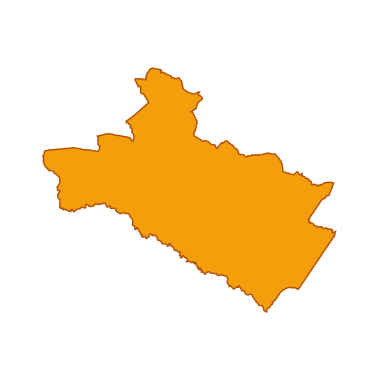 Morrumbala, Zambezia, Mozambique (orthographic projection), rotated 306°
{"feature_id": "85939544B61462515035200", "entity_name": "Morrumbala", "entity_type": "district", "adm_level": 2, "iso_a3": "MOZ", "parent_name": "Mozambique", "parent_adm1": "Zambezia", "projection": "orthographic", "projection_center": [35.601, -17.005], "detail": "fine", "context": "isolated", "style": "filled", "palette": "amber", "viewbox_px": 384, "rotation_deg": 306, "n_neighbors": 0, "source": "geoboundaries", "source_scale": "gbopen_adm2", "svg_char_len": 6073}
<svg xmlns="http://www.w3.org/2000/svg" viewBox="0 0 384 384"><g transform="rotate(306 192 192)"><path d="M276.6,114.4L276.1,113.6L274.1,112.6L273.6,111.5L273.8,110.2L272.5,108.7L273.4,107.0L273.4,106.3L272.4,102.4L271.9,98.6L271.7,97.9L270.3,97.1L269.9,96.4L270.4,95.9L272.2,95.9L272.6,95.4L272.5,94.9L269.4,88.6L269.4,87.7L267.1,85.9L265.7,85.8L263.7,86.1L262.1,85.8L261.2,86.3L260.0,86.2L259.0,87.0L257.0,87.5L256.4,88.4L255.7,88.6L254.7,87.2L254.3,85.2L253.1,84.4L253.3,83.9L253.1,83.1L251.5,81.9L250.8,80.0L250.1,79.7L249.5,79.7L245.6,86.8L246.4,87.5L246.9,88.4L246.8,88.9L242.4,91.9L242.1,92.5L241.9,93.4L242.8,94.7L242.8,95.3L240.8,100.3L238.8,104.4L218.9,100.0L210.4,97.1L209.7,98.0L210.2,100.2L209.8,100.8L210.2,102.5L209.2,103.6L207.6,104.3L208.1,105.8L207.5,106.9L204.9,108.2L204.5,110.1L202.8,112.8L200.5,113.3L199.5,114.4L198.2,114.2L198.0,113.5L199.3,110.7L199.2,109.2L193.9,98.1L192.7,96.2L192.0,93.8L189.4,89.3L181.5,82.6L181.4,83.8L178.4,85.5L177.1,86.9L175.6,87.6L175.1,88.2L174.6,90.9L170.8,92.3L169.8,91.9L168.7,90.6L165.3,83.6L162.7,80.1L161.1,75.9L158.2,70.3L141.4,51.2L140.2,50.3L138.9,48.8L137.5,49.1L135.0,50.5L133.6,50.1L131.8,52.2L129.1,54.1L127.1,56.7L125.9,59.9L126.4,61.2L125.4,62.8L125.6,64.5L127.0,66.0L127.3,67.4L127.2,68.2L126.1,69.4L126.7,71.4L126.0,75.4L124.9,77.4L121.9,79.5L119.6,80.0L116.6,80.0L115.9,81.1L114.3,82.3L114.6,83.1L115.1,83.5L115.0,84.7L111.2,84.9L109.5,85.8L108.6,86.8L108.1,89.3L107.1,90.6L101.6,94.1L101.7,95.4L103.1,96.6L103.0,97.1L102.0,97.4L101.9,98.1L103.0,98.9L103.4,100.3L104.1,100.9L103.9,103.0L104.9,105.3L105.4,105.4L106.9,104.8L107.6,105.0L106.5,107.1L106.9,108.1L107.5,108.5L109.2,108.5L109.8,109.2L110.7,109.3L112.8,111.4L114.1,111.3L114.7,111.6L116.5,115.2L117.0,115.2L118.6,113.8L119.3,113.5L120.1,114.7L120.4,115.9L119.9,117.1L121.0,118.9L123.2,120.7L125.6,120.7L125.9,121.1L126.2,122.6L127.2,124.0L128.5,124.6L129.2,126.0L131.7,127.4L131.6,129.0L130.0,132.0L130.5,132.8L132.6,133.7L132.6,134.2L131.4,135.0L131.1,135.9L133.7,139.6L133.4,140.3L131.9,141.9L132.1,146.0L132.8,147.2L135.2,148.8L135.6,151.2L137.1,152.8L137.2,154.2L135.5,156.5L135.3,158.9L134.8,160.0L131.9,162.5L130.2,163.4L130.5,165.9L128.3,167.4L128.6,168.5L129.2,168.6L130.6,168.2L131.0,168.5L131.0,169.0L130.0,170.4L128.5,174.4L127.5,175.4L127.5,176.0L128.1,177.0L128.0,177.4L127.4,177.7L126.9,177.2L126.3,177.9L127.1,179.4L128.2,180.0L128.5,180.6L128.4,181.2L127.5,182.0L127.6,182.5L129.5,183.0L130.4,183.6L132.2,182.5L132.9,182.5L133.9,184.7L133.4,185.5L135.1,186.9L135.3,187.8L134.9,188.9L134.9,190.4L132.9,192.4L133.8,194.9L133.7,196.0L132.7,198.5L134.7,201.5L133.8,203.6L133.9,204.3L134.9,204.6L136.7,203.9L137.1,204.1L137.3,204.8L137.1,205.3L136.0,206.0L135.9,206.8L136.5,208.7L135.8,210.2L135.0,211.1L134.6,212.2L134.9,213.1L135.8,214.1L135.4,216.3L136.3,218.2L135.5,218.6L133.7,218.7L133.4,220.2L132.1,221.4L132.9,222.3L133.7,222.3L135.0,221.7L135.5,222.2L135.5,222.8L134.7,224.3L135.3,227.0L134.6,228.0L132.6,228.5L132.5,228.9L132.9,229.4L133.8,229.4L134.3,229.8L134.5,233.0L136.4,233.9L136.4,234.5L135.2,235.6L135.3,235.9L135.5,236.1L136.8,236.1L137.2,236.5L136.8,237.5L135.2,238.3L135.2,240.0L134.2,240.7L134.7,241.6L133.3,242.1L133.6,242.8L135.2,243.3L135.4,243.6L135.3,243.9L133.7,244.2L134.6,245.9L132.7,246.6L133.8,248.2L133.0,250.8L133.3,251.2L135.0,250.6L137.5,252.4L137.4,255.1L138.9,256.8L139.2,258.5L140.3,259.7L139.7,261.0L139.8,261.9L140.7,263.3L141.9,263.7L142.4,264.3L142.5,265.7L143.2,266.5L143.9,269.6L143.9,270.6L142.7,272.1L141.0,272.7L139.0,274.2L138.3,276.7L137.3,277.6L137.5,277.9L138.4,277.9L138.8,278.3L138.0,281.6L138.3,283.1L139.2,283.5L140.9,283.4L142.1,285.5L142.5,285.6L143.4,284.9L143.8,285.4L142.5,288.7L141.3,290.3L142.3,291.5L142.5,292.3L141.1,295.4L141.2,297.1L141.9,298.0L143.7,299.2L144.0,299.8L143.8,301.2L142.1,304.7L141.7,306.7L140.9,308.5L140.6,310.8L139.8,312.3L139.8,313.2L140.6,314.2L141.1,315.4L140.7,317.0L138.4,320.1L138.5,322.0L139.2,322.9L140.0,321.8L142.2,321.6L143.9,322.5L146.5,322.3L148.0,323.0L149.3,322.8L149.9,321.7L151.0,322.3L153.2,322.8L162.3,322.5L165.8,323.3L170.1,325.1L172.4,327.1L173.6,329.7L175.1,331.5L175.4,332.7L175.3,334.2L175.8,335.2L241.1,332.9L242.1,332.0L244.4,331.3L244.0,330.8L242.7,330.6L241.5,329.6L242.1,328.5L243.8,328.2L244.0,327.3L242.5,324.4L241.6,323.8L242.0,322.6L241.9,322.0L239.7,319.7L239.6,318.4L240.1,317.4L240.0,317.0L238.7,316.2L238.1,314.0L237.0,312.9L237.3,311.7L236.8,310.3L237.4,309.2L237.5,307.9L236.8,306.3L236.8,305.8L236.2,305.5L236.0,305.0L236.8,303.9L237.3,304.3L237.5,303.6L238.1,303.3L238.4,302.4L262.9,301.5L263.7,302.5L265.4,303.2L267.1,303.2L268.5,303.5L269.5,304.7L277.3,302.9L282.4,301.2L280.8,297.3L279.8,296.9L279.3,295.6L278.8,295.5L278.0,294.4L276.3,293.3L275.3,293.1L273.7,292.2L273.3,291.5L272.1,291.6L271.9,290.2L270.7,290.1L270.5,286.9L269.6,285.8L268.8,285.6L268.3,284.6L268.5,284.0L269.9,283.2L270.4,282.3L270.4,281.4L269.9,280.2L270.7,279.3L270.9,278.4L270.8,277.6L270.0,275.9L270.5,274.0L269.9,272.0L269.9,271.0L270.4,270.5L271.3,270.5L271.7,270.2L269.2,269.1L269.0,268.6L270.2,266.5L270.4,265.3L266.3,264.2L265.5,263.7L264.1,260.5L264.2,259.4L263.1,257.7L262.9,256.1L261.9,253.9L262.2,253.2L264.9,251.1L266.8,249.2L268.7,246.6L270.1,243.0L271.6,236.8L269.8,234.9L268.5,231.3L267.6,230.0L262.0,225.4L261.2,223.5L260.1,223.2L259.2,221.3L257.9,220.4L257.7,218.9L256.0,218.4L254.3,216.2L251.9,215.0L252.3,212.9L252.2,211.3L250.0,207.7L251.6,206.0L252.9,203.6L252.9,201.8L252.6,201.0L253.6,198.1L253.4,192.8L254.0,190.4L252.3,188.6L250.2,188.8L249.3,186.9L242.0,186.4L242.1,185.0L243.3,183.5L243.4,182.4L241.7,179.6L242.3,176.0L241.6,172.9L241.1,172.2L239.9,171.8L239.2,170.5L239.4,168.1L238.5,160.5L241.9,158.4L243.5,158.6L251.6,155.1L256.0,147.2L256.7,145.6L256.4,144.0L261.9,146.2L265.1,145.0L267.6,144.5L269.5,144.7L272.5,145.6L274.0,145.4L274.8,141.9L274.0,140.7L274.1,139.9L277.3,139.2L276.5,138.4L272.9,136.5L272.4,135.9L271.2,133.0L270.5,130.2L270.1,125.4L270.3,124.6L271.6,122.6L275.4,118.6L275.7,118.0L275.7,116.4L276.5,115.3L276.6,114.4Z" fill="#f59e0b" stroke="#b45309" stroke-width="1.5"/></g></svg>